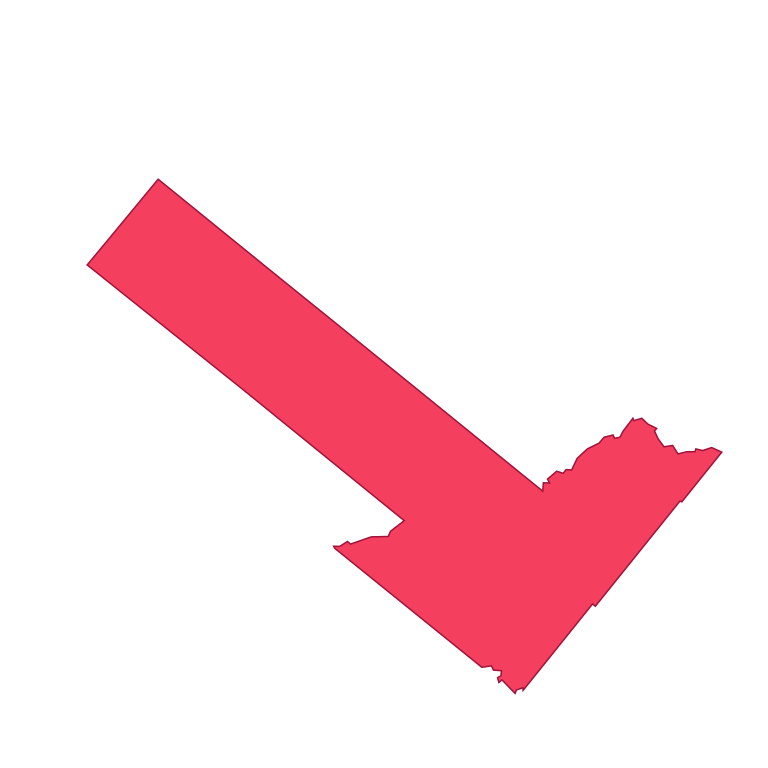 the district of Pennington, South Dakota, United States of America, rotated 39°
{"feature_id": "52423323B6635746218968", "entity_name": "Pennington", "entity_type": "district", "adm_level": 2, "iso_a3": "USA", "parent_name": "United States of America", "parent_adm1": "South Dakota", "projection": "equal_earth", "projection_center": [-102.496, 44.098], "detail": "fine", "context": "isolated", "style": "filled", "palette": "rose", "viewbox_px": 768, "rotation_deg": 39, "n_neighbors": 0, "source": "geoboundaries", "source_scale": "gbopen_adm2", "svg_char_len": 994}
<svg xmlns="http://www.w3.org/2000/svg" viewBox="0 0 768 768"><g transform="rotate(39 384 384)"><path d="M449.3,542.7L638.3,542.6L644.9,535.4L649.1,537.5L655.7,532.9L658.5,537.1L657.1,540.8L661.1,543.6L661.9,539.7L680.6,542.0L679.5,538.3L683.2,532.6L684.9,534.5L684.5,423.7L688.1,423.7L687.7,288.8L689.6,288.1L689.4,224.4L678.6,227.2L673.6,235.1L667.2,238.2L668.3,240.9L661.9,246.1L656.4,253.3L647.0,250.1L641.1,256.6L631.3,254.0L623.8,250.3L623.9,247.0L614.3,249.1L605.9,248.4L601.2,255.3L599.0,254.0L599.5,270.4L600.9,276.8L597.4,281.1L594.1,279.5L588.5,286.9L588.4,294.5L582.9,306.4L580.9,320.1L583.9,332.7L579.4,335.9L579.4,340.7L573.1,343.1L570.9,355.0L575.0,356.7L570.0,360.5L574.8,367.4L377.9,367.2L369.1,367.2L354.0,367.2L305.2,367.1L258.5,367.2L217.8,367.2L79.6,367.0L78.8,445.6L78.8,446.2L78.4,478.3L280.9,477.1L485.7,477.5L481.7,494.4L483.3,499.8L470.3,510.8L458.7,529.5L454.7,529.4L451.8,538.0L447.0,541.8L449.3,542.7Z" fill="#f43f5e" stroke="#9f1239" stroke-width="1.5"/></g></svg>